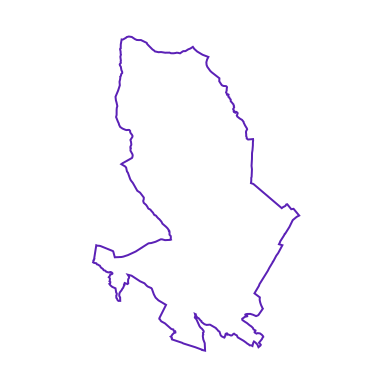 Cosula, Botosani, Romania, rotated 175°
{"feature_id": "2599482B64226184925060", "entity_name": "Cosula", "entity_type": "district", "adm_level": 2, "iso_a3": "ROU", "parent_name": "Romania", "parent_adm1": "Botosani", "projection": "equal_earth", "projection_center": [26.776, 47.6], "detail": "fine", "context": "isolated", "style": "outline", "palette": "violet", "viewbox_px": 384, "rotation_deg": 175, "n_neighbors": 0, "source": "geoboundaries", "source_scale": "gbopen_adm2", "svg_char_len": 5965}
<svg xmlns="http://www.w3.org/2000/svg" viewBox="0 0 384 384"><g transform="rotate(175 192 192)"><path d="M260.0,225.9L256.4,223.3L255.5,222.1L255.0,218.1L254.2,216.9L252.5,210.4L251.9,208.9L250.1,206.1L246.4,198.0L243.8,195.9L240.5,190.7L240.7,189.0L241.4,187.3L241.0,185.4L238.9,183.2L237.8,181.3L237.3,180.0L236.8,179.2L234.9,178.0L234.5,177.2L232.6,174.7L231.7,172.6L231.2,172.4L230.9,172.0L230.4,171.9L229.7,171.3L229.3,170.5L227.6,168.3L227.1,168.0L225.1,165.2L224.2,163.0L220.8,159.5L219.5,157.9L218.2,155.6L218.5,155.4L218.4,154.8L217.9,154.6L217.9,153.2L218.1,152.2L218.1,151.4L217.0,149.9L217.1,147.8L217.4,147.2L217.1,146.4L217.9,146.2L223.1,146.4L226.1,147.5L227.2,147.6L232.6,145.6L237.1,144.7L239.5,144.7L240.3,144.4L253.3,137.6L261.4,134.7L266.1,133.6L268.0,133.4L274.6,133.7L275.6,139.4L275.9,140.0L287.8,146.1L289.4,146.6L290.7,146.7L292.0,147.3L295.4,133.6L295.6,133.3L295.4,133.3L296.7,130.6L295.9,130.0L293.5,129.3L293.1,128.3L291.6,127.6L291.1,127.1L290.2,126.6L289.4,124.8L287.4,123.0L286.8,121.8L285.1,121.1L284.7,120.3L284.4,120.1L282.4,119.2L280.1,119.4L279.1,118.9L278.4,118.1L278.4,117.6L278.9,117.2L279.7,117.0L280.5,117.1L281.3,115.4L282.3,114.4L281.7,113.8L281.3,112.8L281.6,110.9L282.0,110.2L281.2,109.4L281.5,108.2L281.8,107.8L282.3,107.6L281.4,106.1L279.7,104.4L276.6,102.7L276.3,98.5L275.8,97.5L275.8,97.1L276.2,95.6L276.5,95.3L276.6,93.1L276.1,92.5L275.6,90.9L275.2,90.3L274.6,89.9L273.0,89.8L272.8,93.3L273.5,94.7L273.3,96.8L272.6,98.3L270.8,100.2L269.7,101.8L268.9,102.6L268.1,104.3L267.5,104.9L267.4,105.2L267.8,105.6L267.0,107.2L264.3,105.9L263.5,106.5L263.5,108.4L263.2,110.6L262.4,111.7L262.1,112.5L262.1,113.1L263.2,115.2L259.5,113.9L251.4,107.5L247.3,105.2L245.3,102.6L244.2,101.6L240.9,99.8L240.4,99.0L238.9,93.3L237.5,90.0L234.9,87.0L227.7,81.8L235.6,69.0L235.5,68.2L235.0,67.9L234.4,66.5L233.7,65.7L230.4,63.5L224.8,57.6L224.0,57.1L222.6,56.7L222.3,55.4L222.0,55.0L220.9,54.8L220.7,53.8L220.8,53.4L222.3,53.1L224.1,51.6L225.0,50.2L225.8,49.8L224.8,48.7L224.7,48.1L225.0,47.8L224.8,46.9L215.1,42.7L213.9,41.9L202.3,37.1L195.5,33.9L195.6,33.7L192.8,32.8L192.5,40.3L193.6,44.1L193.8,47.2L193.6,48.6L193.2,48.9L193.4,50.7L192.6,51.5L192.5,52.2L192.7,52.9L194.0,54.9L195.4,56.3L196.2,57.7L198.7,64.8L200.1,66.6L200.1,67.0L199.5,68.1L199.5,69.1L199.7,70.3L198.9,69.8L199.2,69.3L199.1,69.1L197.8,66.6L196.3,65.6L194.8,63.4L193.9,62.6L193.9,61.9L193.6,61.5L191.1,59.2L189.0,58.3L186.1,58.3L185.5,58.2L180.1,54.4L179.5,53.4L178.9,52.9L178.1,51.5L176.8,50.5L175.9,46.7L175.0,45.6L172.5,44.1L172.2,44.3L171.8,45.5L171.3,45.9L171.3,46.3L171.0,46.9L171.1,47.3L171.0,47.5L170.6,47.8L170.3,47.6L169.9,48.1L169.4,48.1L169.2,47.8L169.0,46.8L168.3,46.9L165.6,45.6L164.5,45.8L163.0,47.1L162.4,47.2L161.3,46.1L159.9,45.3L159.1,43.2L153.6,39.3L151.3,37.3L150.1,36.1L148.9,35.3L147.9,34.2L146.4,34.1L145.2,33.3L144.1,36.5L143.3,37.7L142.0,36.6L140.2,34.4L139.3,31.6L137.3,33.0L136.9,33.5L136.8,33.9L138.4,36.0L135.2,39.3L134.2,41.0L133.6,41.5L133.7,42.0L134.8,43.6L136.6,45.2L138.9,45.7L140.1,45.3L141.7,46.5L141.9,46.8L141.8,47.2L140.9,48.0L140.8,48.5L142.6,49.7L142.9,50.3L143.2,51.3L144.7,53.0L146.2,54.2L148.6,56.6L150.6,58.1L152.9,60.0L153.1,60.4L153.0,61.4L151.3,62.3L150.6,62.9L147.8,63.4L147.8,63.8L149.6,65.1L149.4,65.4L147.9,65.7L144.6,65.5L141.9,64.4L139.0,62.8L137.2,63.3L136.5,63.7L131.6,69.6L131.8,69.9L133.1,73.5L133.7,76.1L134.0,78.7L133.6,81.1L138.6,85.6L133.5,92.7L132.8,94.3L123.4,106.8L121.5,109.8L117.2,115.7L117.3,115.8L116.7,116.4L113.6,121.2L111.5,123.6L106.6,131.1L109.9,132.4L108.6,134.5L108.5,135.0L104.2,140.6L103.5,141.8L103.4,141.7L102.9,142.2L98.0,148.7L94.1,155.2L89.9,158.1L87.3,159.2L92.3,166.4L94.6,166.2L98.2,171.5L99.1,171.4L100.2,170.0L103.0,168.8L104.0,168.1L130.1,194.6L132.5,195.7L132.0,197.9L131.7,201.1L131.3,201.8L130.3,209.4L130.4,212.9L129.4,219.6L128.8,225.6L128.1,228.4L127.3,233.1L127.0,236.2L126.6,238.2L126.6,239.4L131.6,239.4L132.8,240.5L132.7,241.0L132.8,241.9L133.2,243.1L133.0,243.8L133.0,247.1L132.6,248.2L131.6,249.7L131.8,250.6L133.3,253.6L134.5,256.7L134.5,257.4L135.9,259.5L138.0,261.0L140.3,263.2L140.7,264.3L140.2,264.9L140.2,265.6L139.7,266.2L139.7,266.8L140.7,267.9L141.6,268.1L142.1,267.3L143.3,268.1L143.5,268.9L143.2,269.2L143.1,269.6L143.8,271.0L142.6,272.7L142.6,273.0L142.9,273.4L142.7,274.4L143.0,275.0L143.1,275.8L143.7,276.4L144.1,277.2L145.5,279.0L145.4,280.8L146.4,282.0L146.5,283.0L147.4,283.6L147.5,284.4L147.1,285.8L147.6,286.1L148.4,285.8L148.7,285.9L148.8,287.2L149.4,288.1L148.5,290.5L148.5,291.4L148.0,293.3L148.2,293.9L148.9,294.5L151.4,294.9L153.0,295.8L155.2,299.9L154.8,302.9L162.0,309.6L163.3,311.1L165.8,315.3L166.4,317.3L166.4,320.0L165.4,322.7L163.9,325.1L169.5,327.8L174.6,331.5L177.2,334.3L178.5,336.5L181.1,335.1L183.4,334.4L185.9,333.1L186.6,332.9L188.1,333.1L188.9,332.9L191.8,331.2L193.9,331.9L195.4,332.1L196.1,331.9L198.5,331.8L201.0,332.1L202.2,332.8L206.6,333.1L210.5,334.1L213.2,334.2L216.7,335.3L217.5,336.3L218.9,337.4L222.5,341.7L223.8,343.4L224.1,344.5L229.6,347.8L233.6,348.2L235.4,349.2L238.5,351.7L241.4,352.4L243.6,352.0L244.3,351.4L247.3,350.0L248.1,349.9L248.8,350.1L250.1,345.2L250.5,341.3L251.0,341.1L251.2,340.3L250.9,338.4L251.0,335.6L250.8,335.1L251.6,333.0L251.4,329.1L251.8,327.7L251.6,327.1L251.8,326.5L252.7,325.8L252.9,325.3L252.7,324.3L252.0,323.0L251.7,319.6L251.1,317.9L251.1,316.9L251.2,316.5L252.2,315.7L252.7,313.9L253.5,313.1L253.4,312.4L253.8,310.5L254.6,308.1L254.6,304.6L256.8,299.4L259.9,293.5L259.8,289.9L259.4,287.9L258.9,284.1L259.6,282.3L259.9,280.6L260.4,275.3L261.1,273.3L259.6,268.3L259.0,266.8L258.8,265.4L257.9,263.1L255.8,261.3L253.2,259.9L252.0,259.4L249.9,259.4L249.0,259.2L248.3,258.2L248.4,257.2L248.0,256.0L246.9,254.4L246.4,253.2L246.5,252.2L248.8,249.2L248.4,247.3L248.3,244.8L248.4,244.2L249.4,242.5L249.2,241.2L249.5,241.2L249.5,239.9L249.7,238.5L248.1,234.9L247.9,233.9L248.0,233.1L248.5,231.6L248.9,231.1L258.5,226.8L260.0,225.9Z" fill="none" stroke="#5b21b6" stroke-width="2"/></g></svg>